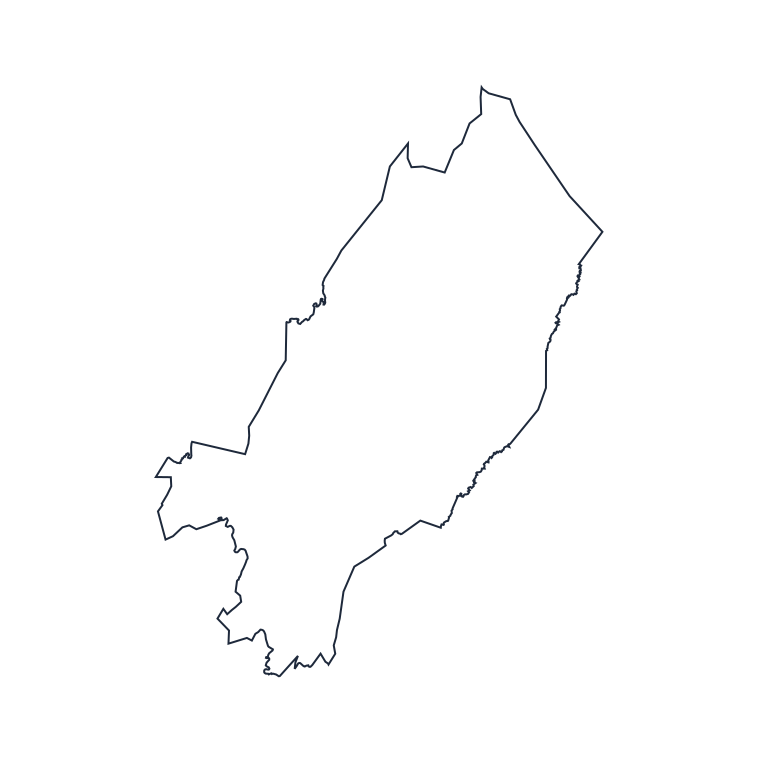 the district of San Miguel Totolapan, Guerrero, Mexico, rotated 212°
{"feature_id": "50627088B56335708263076", "entity_name": "San Miguel Totolapan", "entity_type": "district", "adm_level": 2, "iso_a3": "MEX", "parent_name": "Mexico", "parent_adm1": "Guerrero", "projection": "equal_earth", "projection_center": [-100.327, 17.847], "detail": "fine", "context": "isolated", "style": "outline", "palette": "slate", "viewbox_px": 768, "rotation_deg": 212, "n_neighbors": 0, "source": "geoboundaries", "source_scale": "gbopen_adm2", "svg_char_len": 6126}
<svg xmlns="http://www.w3.org/2000/svg" viewBox="0 0 768 768"><g transform="rotate(212 384 384)"><path d="M508.2,156.2L486.8,136.3L482.3,143.1L479.0,155.6L474.3,160.9L466.2,161.4L459.3,169.8L450.3,181.9L451.6,182.1L452.4,181.7L452.7,182.1L453.1,182.0L453.0,183.0L451.4,184.5L451.1,184.5L449.3,182.6L447.9,183.6L446.3,186.8L446.0,186.8L444.2,185.6L443.5,181.0L442.9,179.8L440.8,180.0L439.6,182.0L438.7,182.5L436.7,182.1L434.4,180.8L433.1,178.1L433.1,176.1L432.5,174.9L431.1,173.7L428.2,172.2L423.5,167.7L422.7,165.1L422.7,163.5L421.7,162.8L420.7,162.7L419.3,163.5L418.9,164.4L418.5,167.2L417.8,168.4L415.5,169.5L414.3,169.7L413.1,169.3L408.3,165.4L407.2,163.8L407.2,161.6L406.8,160.4L406.2,157.2L405.6,153.1L405.4,149.6L404.4,146.7L404.0,143.9L404.4,143.4L403.6,141.1L404.1,140.5L404.3,139.1L399.8,129.2L393.8,128.3L389.7,123.6L391.6,116.4L393.3,111.6L395.0,105.7L401.1,108.2L400.9,96.8L384.8,92.8L378.3,81.4L365.7,96.0L360.1,96.4L360.7,104.0L359.2,107.0L358.6,110.2L357.4,110.8L355.9,111.0L354.6,110.6L352.0,108.8L348.8,104.9L343.6,100.4L342.5,100.0L337.6,100.1L337.3,99.0L338.7,94.8L338.6,92.9L338.1,91.6L338.2,90.8L339.2,89.9L339.0,89.2L338.1,89.4L336.6,90.6L335.8,90.3L335.2,89.3L335.9,85.5L335.2,82.8L334.0,82.4L331.5,82.6L330.3,81.8L330.3,80.9L330.8,80.4L332.8,79.7L333.6,78.9L333.8,77.7L333.0,76.2L332.1,75.7L330.9,75.7L328.4,77.0L327.8,76.7L326.3,78.9L325.4,78.6L324.9,79.4L324.2,79.7L321.5,80.5L318.4,80.4L317.6,81.1L312.9,107.8L311.6,101.0L308.8,95.1L308.6,98.7L308.7,101.5L308.1,102.5L307.1,102.9L302.6,102.1L301.8,102.6L301.4,102.5L300.6,104.0L299.1,105.3L298.3,104.6L297.4,104.6L296.5,105.2L295.9,107.6L294.9,121.7L286.5,117.4L283.3,117.3L282.4,116.7L282.4,129.4L288.1,135.7L290.4,143.9L293.5,150.4L297.2,161.5L308.3,186.4L312.4,213.4L305.0,228.4L297.0,247.9L299.2,249.8L300.4,251.5L301.2,253.3L297.6,259.5L297.0,261.3L297.2,262.3L296.7,264.8L294.6,266.2L293.5,265.2L292.1,265.2L291.2,265.6L290.2,265.5L289.4,266.5L280.8,287.4L259.7,292.2L260.4,293.7L260.8,295.4L258.8,296.1L258.8,296.6L259.6,297.4L259.7,298.3L258.7,300.4L257.8,301.4L257.3,301.6L257.2,302.2L258.0,305.1L258.6,305.6L257.9,307.4L258.2,308.5L258.1,310.5L259.6,312.4L259.4,314.1L259.9,314.7L261.7,326.7L262.3,326.8L262.5,328.0L261.2,328.6L260.6,329.9L260.5,330.7L261.1,331.4L260.9,331.9L260.3,331.9L260.1,330.8L259.7,330.6L259.8,329.9L258.5,329.8L257.2,330.2L257.1,330.9L257.6,331.6L256.9,333.3L255.7,334.0L254.5,335.3L254.5,337.2L255.9,337.6L254.9,339.2L257.2,339.9L257.3,340.9L255.9,342.6L254.5,342.3L253.8,345.0L254.9,346.0L253.9,348.5L255.6,348.3L256.4,349.1L257.0,349.2L257.0,349.9L256.0,350.1L257.0,351.5L256.7,353.6L257.3,354.4L257.4,355.6L256.7,356.4L258.6,357.4L258.4,358.3L256.1,360.0L255.4,361.1L255.5,362.6L256.2,364.1L253.8,365.6L254.9,366.4L255.0,367.2L255.7,368.3L256.8,368.7L256.9,369.4L256.3,370.7L256.1,372.3L253.8,372.9L254.0,373.4L255.1,374.3L255.4,378.2L254.2,378.6L253.6,378.3L253.4,379.1L254.0,379.8L253.5,381.9L254.3,383.6L254.1,384.0L252.5,383.8L252.3,384.4L252.6,386.2L252.2,386.6L250.9,386.3L250.4,388.2L249.9,388.5L248.6,388.3L248.2,389.4L248.6,390.4L247.8,391.5L248.3,393.3L248.3,394.2L246.7,396.5L244.4,397.0L246.5,398.4L246.4,399.0L245.5,399.6L245.2,400.5L239.7,443.9L244.6,466.5L264.1,497.9L263.5,499.2L264.5,500.0L264.3,501.2L265.0,502.2L266.4,505.9L265.7,507.9L265.7,508.8L266.2,509.8L267.0,509.9L267.6,510.4L267.2,511.4L267.9,513.1L268.1,514.7L268.1,515.5L267.6,516.5L267.8,518.5L266.8,521.2L267.0,521.5L267.5,520.7L268.0,520.7L267.7,522.8L268.2,525.5L267.3,526.8L269.3,527.1L270.4,526.6L271.0,526.8L270.8,527.6L269.0,528.8L268.6,529.4L269.6,529.4L269.8,531.5L273.7,532.4L273.3,537.4L273.0,537.8L273.6,538.2L273.5,539.4L274.6,540.6L274.4,541.6L275.0,542.7L275.1,544.2L275.0,544.8L273.0,545.7L272.8,546.7L273.5,552.7L274.2,553.4L274.6,554.7L274.4,555.1L273.8,554.6L273.4,554.8L273.4,555.9L274.2,556.6L274.1,557.1L272.9,557.5L272.7,559.4L271.4,560.0L270.6,560.0L270.4,561.5L268.9,561.8L268.6,563.1L269.9,564.3L270.1,565.1L269.9,565.8L270.5,566.2L270.6,568.2L271.4,568.3L272.0,569.0L272.4,570.9L273.6,570.8L274.4,571.2L274.3,572.8L273.6,574.2L274.5,574.3L274.4,574.7L273.6,576.1L274.9,576.8L275.2,577.2L275.2,578.2L276.2,577.5L277.1,578.0L277.1,578.9L276.2,579.5L275.8,581.0L276.5,581.5L276.2,582.4L277.4,582.5L277.7,582.8L277.9,583.6L277.2,584.0L277.1,584.3L277.3,584.8L278.7,586.3L279.6,585.6L279.9,585.8L280.4,587.1L279.6,588.2L279.6,588.9L280.4,588.7L281.3,589.3L282.3,588.9L279.4,628.8L326.2,641.7L382.7,666.5L407.9,678.1L414.9,682.1L427.9,692.3L449.3,686.0L456.5,686.5L458.4,687.3L454.2,678.6L444.6,664.4L449.5,650.3L445.5,629.2L448.7,619.5L444.6,595.5L466.1,589.2L475.6,582.4L483.6,588.0L491.1,600.7L494.3,571.6L483.3,538.7L490.9,474.6L490.3,465.1L490.4,441.8L490.0,440.7L489.7,438.1L488.5,435.4L487.2,435.1L487.0,434.2L486.1,433.1L485.3,430.8L483.5,428.7L481.3,427.7L480.4,426.7L479.6,426.3L478.6,424.0L476.9,421.8L476.7,420.7L476.9,419.5L477.4,419.3L478.4,421.6L479.5,421.4L480.2,421.6L480.8,422.3L480.9,423.2L481.2,423.5L482.3,423.1L482.5,422.8L482.4,422.1L480.6,418.3L480.9,415.6L481.2,414.7L482.1,414.0L482.7,414.0L483.0,415.5L484.0,416.4L484.6,416.3L485.6,415.0L485.5,412.9L483.9,412.3L483.3,411.5L481.5,407.5L480.9,405.6L482.1,402.5L482.0,400.7L481.8,400.0L481.9,398.6L482.6,397.6L484.2,398.0L484.7,397.8L485.6,395.8L485.8,394.4L486.4,393.3L486.9,390.5L488.7,390.0L490.4,390.9L490.4,392.8L490.8,393.4L491.3,393.5L491.9,392.8L492.6,393.1L494.9,391.4L496.7,390.6L497.5,389.9L497.9,389.1L497.6,388.1L496.6,387.9L496.5,387.2L497.2,386.0L497.8,385.4L499.4,384.9L499.4,384.5L479.9,352.0L479.9,337.0L476.2,295.3L476.0,276.0L470.9,268.7L467.4,261.6L464.6,250.9L516.1,233.3L515.8,231.7L514.0,228.0L510.1,222.1L509.4,221.3L508.8,219.7L508.9,218.8L509.2,218.1L511.2,217.7L511.6,218.9L511.6,220.4L512.0,220.9L512.9,220.9L513.1,221.4L513.8,221.2L514.6,219.5L514.0,218.8L514.7,217.6L514.3,216.8L515.2,216.4L515.1,214.7L515.6,214.2L515.2,214.0L515.7,212.6L515.3,212.0L515.4,209.6L514.7,209.1L515.4,208.5L517.1,207.9L517.5,207.4L519.4,207.4L521.1,206.9L527.4,207.6L528.3,206.6L528.2,184.2L515.4,192.0L510.2,184.5L509.2,175.2L509.0,164.7L507.7,163.9L508.2,156.2Z" fill="none" stroke="#1e293b" stroke-width="2"/></g></svg>